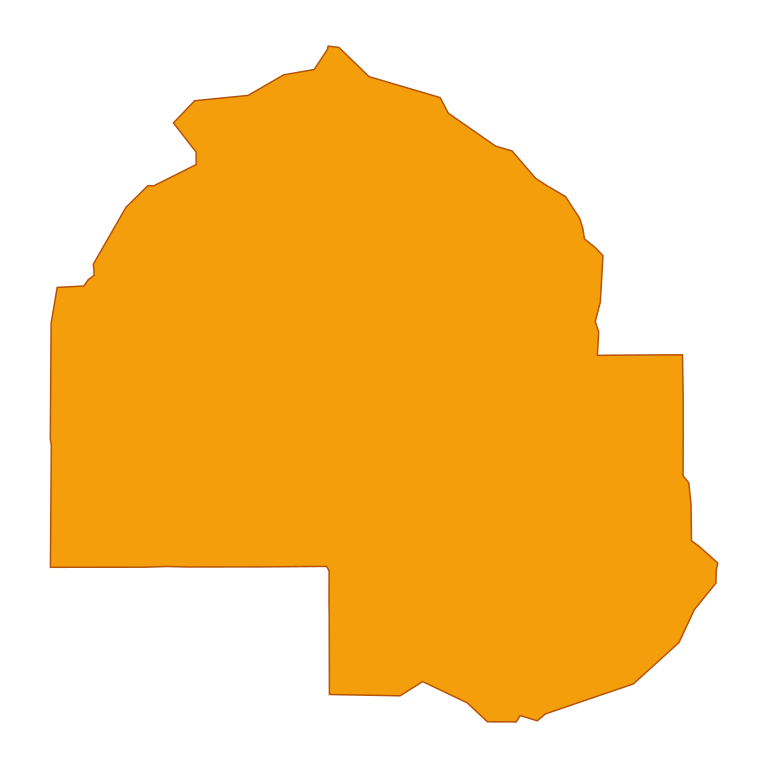 the district of Hennepin, Minnesota, United States of America
{"feature_id": "52423323B44516740829537", "entity_name": "Hennepin", "entity_type": "district", "adm_level": 2, "iso_a3": "USA", "parent_name": "United States of America", "parent_adm1": "Minnesota", "projection": "equal_earth", "projection_center": [-93.451, 45.016], "detail": "fine", "context": "isolated", "style": "filled", "palette": "amber", "viewbox_px": 768, "rotation_deg": 0, "n_neighbors": 0, "source": "geoboundaries", "source_scale": "gbopen_adm2", "svg_char_len": 1013}
<svg xmlns="http://www.w3.org/2000/svg" viewBox="0 0 768 768"><path d="M329.4,694.5L400.1,695.8L422.6,681.6L467.3,702.9L487.4,721.8L516.2,721.9L520.2,715.6L537.3,720.8L545.4,713.9L633.4,683.9L679.1,642.4L694.3,609.7L716.0,583.0L716.2,571.0L717.7,563.0L698.7,546.0L691.5,540.8L691.0,503.8L688.8,482.9L683.1,475.8L683.2,424.7L683.2,398.1L682.5,354.8L661.2,354.9L610.3,355.2L597.4,355.4L598.7,332.2L595.3,321.5L600.3,302.1L603.0,255.7L595.8,248.1L584.4,238.8L582.9,228.8L579.7,218.4L565.5,196.6L546.6,185.5L535.7,178.4L512.0,150.9L495.7,146.2L448.4,113.3L440.2,97.6L369.1,76.7L338.9,47.4L328.2,46.1L327.4,49.4L314.2,69.5L283.7,74.8L248.1,95.4L194.7,100.7L173.4,122.9L196.1,152.1L196.1,164.6L153.6,185.9L147.9,185.6L125.9,207.4L93.2,264.4L94.0,270.4L94.0,275.3L89.1,279.1L88.4,279.4L83.9,286.0L57.2,287.4L51.1,323.2L50.3,439.5L51.3,444.7L50.4,567.3L144.7,567.2L167.0,566.5L188.1,567.0L261.2,566.9L326.5,566.4L329.1,570.7L329.0,603.7L329.2,614.7L329.4,694.5Z" fill="#f59e0b" stroke="#b45309" stroke-width="1.5"/></svg>